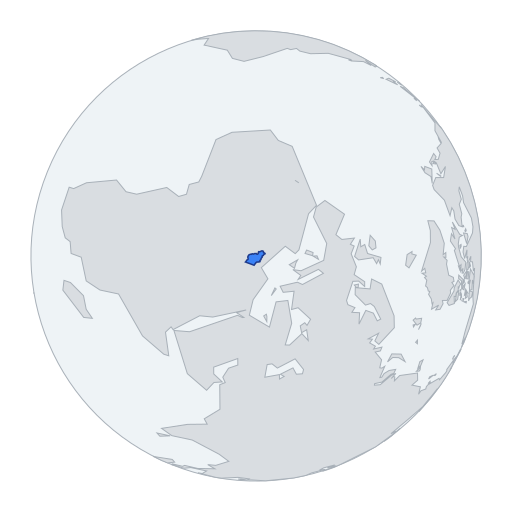 Al Jufrah on an orthographic globe, rotated 112°
{"feature_id": "LBY-2964", "entity_name": "Al Jufrah", "entity_type": "Municipality", "adm_level": 1, "iso_a3": "LBY", "parent_name": "Libya", "parent_adm1": "", "projection": "orthographic", "projection_center": [16.482, 27.933], "detail": "fine", "context": "on_globe", "style": "filled", "palette": "blue", "viewbox_px": 512, "rotation_deg": 112, "n_neighbors": 0, "source": "natural_earth", "source_scale": "10m", "svg_char_len": 10871}
<svg xmlns="http://www.w3.org/2000/svg" viewBox="0 0 512 512"><g transform="rotate(112 256 256)"><circle cx="256" cy="256" r="225" fill="#eef3f6" stroke="#a8b0b8"/><path d="M260.1,30.8L251.2,30.9L251.4,31.0L258.4,30.9L263.4,31.3L253.1,31.3L260.7,32.1L247.3,33.9L219.2,36.5L212.4,39.7L185.3,48.8L188.5,48.8L180.3,53.1L180.9,54.9L175.7,56.7L180.7,56.8L185.4,54.8L189.1,54.4L189.9,55.5L183.4,57.7L182.1,57.5L180.6,58.7L177.0,59.5L179.2,59.8L171.2,62.7L180.2,61.6L174.8,65.5L169.2,67.0L168.4,64.5L153.5,63.9L147.6,65.8L140.1,70.5L128.8,83.5L122.8,87.0L115.7,93.5L119.6,92.3L126.5,86.9L131.9,86.9L139.8,81.0L143.1,80.4L151.7,75.8L151.8,79.3L147.2,85.3L140.1,89.5L137.9,92.5L145.9,91.2L133.7,102.2L127.7,115.7L124.4,118.7L115.9,118.7L113.0,111.4L102.0,113.9L110.5,115.4L102.1,123.7L101.3,126.7L102.6,128.4L106.3,126.6L103.8,130.4L94.4,129.7L96.5,126.2L99.5,126.3L98.1,123.2L91.7,123.9L88.0,128.6L82.3,126.5L79.5,130.1L76.8,132.1L81.5,126.3L72.8,137.0L65.6,139.9L53.6,159.8L63.9,140.5L66.6,135.0L68.8,130.7L66.8,133.8L68.6,131.0L78.0,117.9L88.3,105.6L99.5,94.0L111.5,83.2L124.2,73.3L137.5,64.4L151.5,56.4L166.0,49.5L181.0,43.6L196.4,38.8L212.1,35.0L227.9,32.5L244.0,31.0L260.1,30.8ZM34.5,215.2L33.6,220.1L35.0,215.2L36.1,216.3L33.7,227.9L36.2,220.5L35.5,229.2L39.2,239.9L38.3,241.7L41.0,264.9L48.0,281.2L49.6,292.1L48.4,296.2L51.7,301.2L51.8,304.8L68.5,324.2L80.0,340.0L81.6,351.9L75.9,359.7L79.9,383.1L72.1,381.5L76.3,390.1L80.1,396.7L70.5,383.8L61.8,370.2L54.2,356.1L47.6,341.4L42.0,326.4L37.5,310.9L34.2,295.2L31.9,279.2L30.8,263.2L30.9,247.1L32.1,231.1L34.5,215.2ZM50.4,165.9L44.7,185.9L44.7,181.1L45.3,180.4L47.4,173.8L50.2,165.4L51.1,162.3L50.4,165.9ZM55.1,159.9L55.8,157.3L55.6,159.0L55.1,159.9ZM151.0,74.3L151.3,75.1L149.6,75.5L151.0,74.3ZM154.5,71.8L152.2,71.8L153.5,70.7L154.9,70.7L154.5,71.8ZM266.7,31.0L270.2,31.3L265.1,31.0L266.7,31.0ZM156.9,72.2L156.1,68.6L158.5,66.7L165.6,65.3L156.9,72.2ZM271.3,31.5L279.9,32.8L283.0,32.8L278.9,33.9L273.0,32.1L266.2,31.5L270.7,31.7L271.3,31.5ZM186.5,53.8L181.6,55.9L184.9,53.3L186.5,53.8ZM187.7,52.3L192.7,46.1L200.3,44.0L197.1,46.3L206.4,43.2L207.7,45.2L202.9,47.4L197.7,48.2L202.1,48.4L187.7,52.3ZM275.3,34.6L276.1,35.2L273.6,34.6L275.3,34.6ZM190.8,54.0L191.2,52.7L197.8,50.8L198.4,53.0L196.0,52.9L190.8,54.0ZM208.2,41.6L213.2,40.8L215.7,42.1L218.0,42.1L208.4,45.1L208.2,41.6ZM194.9,53.9L198.5,54.2L196.1,56.2L191.0,55.1L194.9,53.9ZM199.3,49.4L202.5,48.7L200.9,49.7L199.3,49.4ZM189.6,64.4L189.8,62.5L193.3,61.2L189.6,64.4ZM200.0,54.2L200.8,53.6L202.2,53.0L204.0,53.7L200.0,54.2ZM210.8,46.0L210.7,46.9L214.8,44.8L216.8,46.0L210.0,47.9L213.8,47.6L214.4,48.0L208.2,49.2L210.8,46.0ZM210.0,52.7L202.1,56.1L200.9,59.7L197.8,60.8L200.3,55.0L210.0,52.7ZM209.5,50.5L209.1,52.1L205.4,52.4L203.4,51.7L209.5,50.5ZM220.6,46.3L219.3,43.9L220.8,43.6L220.6,46.3ZM210.4,53.6L212.3,52.8L210.7,53.8L210.4,53.6ZM218.3,48.3L217.6,47.4L219.3,47.1L218.3,48.3ZM216.6,52.1L214.1,53.1L212.6,52.5L216.6,52.1ZM218.0,50.3L220.5,50.1L213.6,51.6L217.4,49.9L218.0,50.3ZM220.0,48.2L220.8,47.7L220.0,48.6L220.0,48.2ZM223.6,54.1L215.3,56.2L212.1,54.8L220.6,52.8L223.6,54.1ZM339.2,46.6L336.3,45.6L311.0,38.1L321.7,40.9L320.4,40.9L324.9,42.4L332.3,44.7L332.5,44.6L350.1,53.6L370.2,64.3L366.0,60.6L369.1,61.7L388.3,73.7L417.6,99.6L422.1,103.8L423.5,105.3L427.9,110.3L430.7,113.8L424.9,107.1L424.4,107.2L420.4,103.0L425.7,110.4L420.2,104.7L427.0,113.8L430.7,116.9L428.0,112.0L436.2,123.1L440.8,127.6L447.5,137.5L460.9,163.0L465.2,176.0L466.7,180.0L465.2,178.9L468.0,189.8L474.9,204.7L476.4,210.8L478.7,228.6L477.8,224.3L473.8,221.3L476.6,237.2L479.8,243.3L481.0,255.7L480.1,255.8L478.5,245.3L476.9,243.8L474.8,230.4L468.7,214.4L467.5,222.6L465.2,214.9L456.6,204.3L453.6,215.9L450.5,246.2L454.1,266.7L451.2,279.0L437.7,256.3L430.2,238.3L426.3,243.0L411.6,232.0L388.9,241.4L384.9,237.1L380.8,241.4L370.3,239.4L363.9,232.0L357.9,234.5L374.9,253.6L381.2,251.0L385.4,240.1L389.0,247.6L399.0,251.5L390.8,275.6L355.8,304.2L351.1,289.2L317.9,250.9L318.2,245.7L318.0,245.1L317.5,244.2L315.8,252.8L309.7,244.9L328.8,273.2L332.5,285.8L355.3,305.3L353.5,308.2L360.5,311.4L381.2,299.5L381.6,304.7L372.6,331.3L342.7,369.2L346.0,387.9L342.7,404.1L322.6,417.6L322.9,428.4L312.3,433.7L310.6,439.7L301.3,446.7L286.2,453.5L262.2,455.0L261.8,450.3L251.6,440.6L237.8,413.8L245.1,400.6L243.4,389.8L225.9,364.4L229.8,350.0L224.8,343.6L214.7,344.7L208.8,336.8L202.6,336.2L163.0,336.7L150.3,324.6L133.8,289.9L140.5,278.6L140.8,263.5L186.3,218.9L197.1,223.1L234.3,218.5L239.1,220.5L236.0,232.5L264.8,246.7L272.7,236.4L297.6,242.3L313.4,240.0L316.9,216.9L291.0,220.2L285.3,209.8L305.0,197.7L327.5,195.6L326.0,191.5L310.8,184.4L314.8,175.9L305.4,181.4L310.0,185.0L304.2,188.8L299.6,185.8L301.2,182.7L294.2,181.7L288.2,197.6L292.3,203.0L274.4,207.5L279.5,217.2L275.0,222.3L264.8,207.8L265.0,202.2L246.8,187.0L245.0,193.1L262.0,208.2L257.2,207.2L254.8,216.7L252.8,208.7L234.7,191.6L217.9,195.1L198.3,217.3L188.1,218.5L178.7,212.9L184.1,189.6L206.3,189.9L208.5,182.6L202.5,171.5L209.8,172.9L210.0,168.7L218.3,168.6L228.4,158.9L236.5,158.0L239.1,145.6L243.6,143.8L240.8,151.4L243.2,156.7L263.3,155.4L266.7,152.6L266.8,144.9L272.3,146.0L269.8,138.7L280.6,135.0L265.3,133.8L265.0,125.8L270.7,119.3L267.8,116.7L258.5,127.4L257.2,132.0L260.5,136.1L254.7,149.6L248.1,152.1L243.8,137.9L234.0,140.2L234.9,128.9L259.7,105.6L270.7,100.9L291.9,109.0L290.2,114.0L281.7,113.4L290.8,120.9L289.5,116.9L294.0,118.1L294.9,111.5L298.2,112.1L293.3,105.1L297.4,105.1L300.4,109.5L305.2,100.7L313.3,99.4L312.8,97.3L310.0,95.3L322.3,95.6L321.3,94.0L317.0,93.2L312.3,89.7L308.8,84.0L313.2,84.3L315.1,86.5L325.7,92.0L329.9,98.2L331.4,97.8L328.8,92.6L315.9,85.8L312.5,82.3L318.9,84.7L316.3,83.5L316.1,82.0L319.9,80.9L313.0,78.0L304.0,62.4L310.6,59.6L317.3,63.0L315.7,54.6L323.3,53.5L319.2,52.6L315.7,48.8L313.3,49.1L311.1,48.4L300.9,40.5L302.0,39.5L293.0,36.4L290.9,36.1L289.7,36.6L278.9,33.9L283.0,32.8L287.6,33.4L287.1,32.9L297.5,34.6L305.8,36.3L317.5,39.4L323.1,41.0L322.2,40.7L339.2,46.6ZM172.1,243.7L171.2,248.2L172.1,243.7ZM352.5,205.0L365.1,202.4L357.2,189.9L361.3,188.1L357.1,184.8L356.5,189.1L345.9,179.8L350.5,174.3L347.8,168.8L343.4,169.4L336.7,181.2L351.9,194.2L350.0,200.7L352.5,205.0ZM39.4,240.1L39.5,243.7L38.7,242.0L39.4,240.1ZM43.0,184.8L42.6,187.3L41.8,190.2L41.8,189.0L43.0,184.8ZM43.7,204.0L44.1,207.6L43.0,205.7L43.7,204.0ZM44.2,188.8L43.4,201.5L41.4,199.5L42.2,191.7L42.6,194.4L44.2,188.8ZM51.9,165.0L51.2,167.2L50.3,168.8L51.9,165.0ZM54.9,161.2L54.9,160.8L55.9,158.5L54.9,161.2ZM102.7,123.7L103.4,123.9L103.9,126.3L102.1,126.5L102.7,123.7ZM115.5,130.5L111.1,136.6L113.0,132.1L109.7,133.1L109.5,125.6L122.7,119.8L116.8,123.5L115.5,130.5ZM113.0,114.7L111.6,119.6L112.6,114.5L113.0,114.7ZM203.5,147.8L206.8,150.5L204.3,155.2L194.0,157.9L197.4,151.0L203.5,147.8ZM211.9,153.5L210.5,139.6L216.9,137.8L213.6,141.1L217.9,141.3L213.7,146.7L221.2,159.4L219.5,164.4L201.3,165.7L208.2,162.3L204.6,159.5L211.9,153.5ZM195.7,112.3L195.2,107.7L209.7,109.7L208.5,113.8L198.1,116.4L193.4,113.0L195.7,112.3ZM169.6,71.0L168.5,70.2L170.3,69.4L172.7,69.5L169.6,71.0ZM189.4,63.6L176.5,74.2L174.5,73.7L169.3,81.4L162.1,83.1L165.7,77.9L156.3,85.3L156.7,81.4L150.9,86.7L159.7,75.1L159.6,72.3L162.4,74.6L169.0,73.0L171.9,71.5L179.9,65.4L183.1,59.2L190.2,57.2L194.3,57.4L194.6,58.6L189.9,59.4L193.7,60.4L187.2,62.6L189.4,63.6ZM238.7,69.2L233.1,68.3L239.6,73.3L233.1,74.4L234.3,74.9L230.1,77.4L226.9,81.6L223.8,81.6L223.9,83.2L221.1,85.2L220.3,87.5L214.4,88.6L212.8,91.7L210.9,90.4L209.8,95.6L208.0,92.3L204.2,94.9L208.0,96.8L178.2,99.3L167.1,103.9L158.9,109.9L156.8,104.1L163.1,95.2L173.7,86.2L184.6,83.0L181.7,81.3L186.1,79.4L186.6,81.5L188.4,77.2L192.2,76.3L201.6,70.1L201.9,65.0L205.4,62.9L207.1,64.5L209.3,61.4L214.9,63.0L217.5,61.7L225.6,62.2L227.4,66.5L230.2,64.7L236.5,65.4L238.7,69.2ZM225.8,54.3L229.5,58.5L227.7,61.3L214.3,59.3L211.2,60.3L202.6,59.6L205.3,55.7L207.5,56.2L210.3,55.8L208.4,57.1L212.0,55.7L215.2,56.5L218.9,55.7L219.1,57.2L225.8,54.3ZM243.9,215.9L247.5,216.4L253.0,215.7L251.6,221.9L243.9,215.9ZM231.4,204.4L234.5,203.6L235.3,211.5L231.5,211.3L231.4,204.4ZM235.7,196.8L234.7,203.0L233.0,199.5L235.7,196.8ZM243.7,150.5L247.0,149.5L247.6,151.2L246.1,154.0L243.7,150.5ZM256.6,86.3L253.7,84.8L254.5,83.9L251.7,79.1L256.3,78.2L259.8,80.8L256.6,86.3ZM312.8,221.4L308.7,226.4L306.1,224.6L308.1,223.2L312.8,221.4ZM279.0,224.9L287.0,227.0L278.5,226.5L279.0,224.9ZM261.1,84.5L259.5,82.6L262.8,83.4L261.1,84.5ZM259.6,77.4L263.4,77.8L256.6,77.5L259.6,77.4ZM373.0,448.5L374.1,447.9L373.0,448.5ZM377.5,392.7L360.0,422.3L350.5,424.9L350.1,418.1L357.4,401.1L369.0,393.5L375.1,384.4L377.5,392.7ZM480.3,276.5L480.1,275.1L476.0,257.4L477.6,254.2L481.0,260.5L480.9,264.1L481.0,266.3L480.3,276.5ZM454.9,268.2L459.1,277.6L457.2,281.5L454.9,268.2ZM468.9,185.5L469.5,189.0L468.4,186.3L467.0,180.2L468.9,185.5ZM298.1,78.2L296.8,85.6L298.9,91.2L304.9,94.4L295.9,93.4L292.6,84.7L298.1,78.2ZM302.8,64.1L297.5,61.9L300.1,61.2L301.6,61.6L302.8,64.1ZM299.4,63.9L292.5,64.5L289.7,62.2L295.7,62.2L299.4,63.9ZM276.9,73.5L276.2,75.7L273.5,74.8L276.9,73.5ZM380.0,67.9L366.0,60.1L361.9,57.9L371.6,62.7L372.7,63.3L373.8,64.0L377.6,66.3L380.0,67.9ZM278.3,35.1L276.3,35.2L277.0,34.8L278.3,35.1ZM309.8,48.7L306.9,47.7L307.9,47.1L309.8,48.7ZM299.4,45.0L300.4,46.4L297.5,44.7L299.4,45.0ZM302.9,49.7L299.9,46.8L305.4,49.9L302.9,49.7Z" fill="#d9dde1" stroke="#a8b0b8" stroke-width="1"/><path d="M248.9,250.9L249.2,250.8L249.7,250.5L249.9,250.4L250.1,250.2L250.1,249.7L250.0,249.4L250.0,249.1L250.1,248.9L250.3,248.6L250.5,248.4L250.6,248.5L250.9,248.7L251.1,249.0L251.6,249.2L252.0,249.3L252.3,249.4L252.7,249.4L252.9,249.5L253.0,249.6L253.2,250.0L253.5,250.2L253.9,250.3L254.2,250.1L254.5,249.9L254.8,249.8L255.3,250.0L255.6,250.1L255.8,250.2L256.2,250.3L256.9,250.2L257.3,250.1L257.7,250.1L258.1,250.4L258.6,250.6L258.9,250.7L259.3,250.4L259.5,250.2L259.8,250.2L260.1,250.5L260.1,250.8L260.3,251.1L260.6,251.5L260.9,251.8L261.0,252.3L261.2,252.8L261.5,253.2L262.0,253.5L262.6,253.7L263.0,253.8L263.0,253.7L263.7,253.9L264.7,254.2L265.3,254.3L265.4,259.5L265.5,261.5L265.5,263.5L265.3,263.4L265.0,263.3L264.5,263.2L263.9,263.1L263.5,263.0L263.2,263.0L262.8,262.6L262.5,262.3L262.1,262.1L261.6,262.2L261.2,262.4L261.0,262.6L260.6,263.0L260.3,263.0L259.8,263.1L259.6,263.3L259.3,263.4L258.8,263.2L258.2,263.1L257.6,263.0L257.4,262.7L257.1,262.5L256.9,262.3L256.5,261.9L256.3,261.5L256.3,261.1L256.1,260.8L255.9,260.7L255.6,260.6L255.4,260.5L255.3,260.3L255.3,259.9L255.3,259.7L255.3,259.4L255.2,259.1L255.0,258.9L254.8,258.7L254.5,258.6L254.4,258.5L254.3,258.2L254.2,257.8L253.9,257.3L253.6,256.9L253.6,256.7L253.7,256.4L253.9,256.1L254.0,255.7L253.9,255.4L253.6,255.1L253.4,255.0L252.9,254.9L252.6,254.9L252.2,254.9L251.7,255.2L251.3,255.2L250.9,255.1L250.8,254.8L250.8,254.5L250.7,254.1L250.3,253.7L249.7,253.2L249.3,252.9L249.1,252.5L248.9,252.2L248.9,251.8L248.9,251.3L248.9,250.9Z" fill="#3b82f6" stroke="#1e3a8a" stroke-width="1.5"/></g></svg>